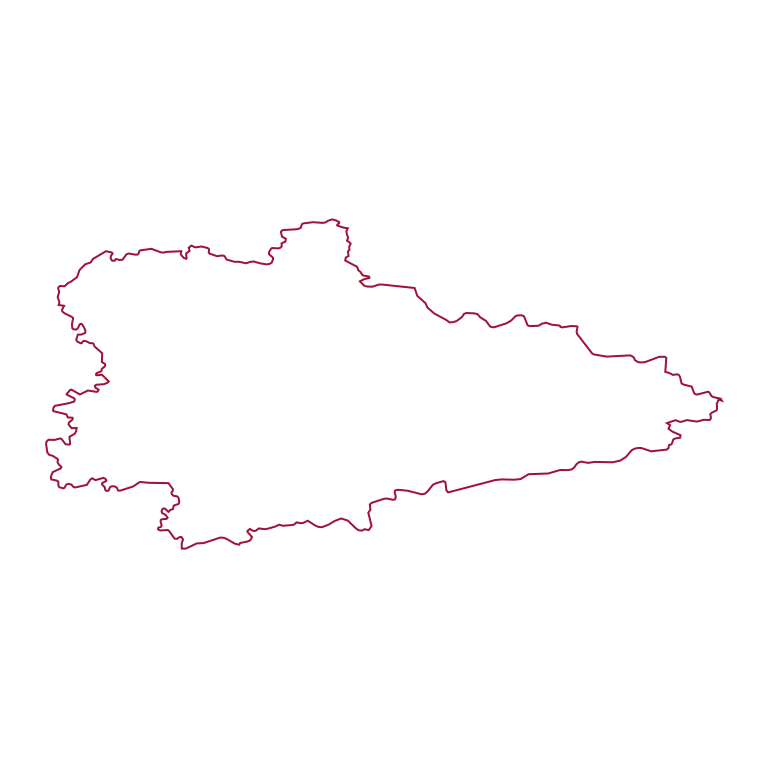 Kurgan, Equal Earth projection
{"feature_id": "RUS-2380", "entity_name": "Kurgan", "entity_type": "Region", "adm_level": 1, "iso_a3": "RUS", "parent_name": "Russia", "parent_adm1": "", "projection": "equal_earth", "projection_center": [64.14, 55.502], "detail": "fine", "context": "isolated", "style": "outline", "palette": "rose", "viewbox_px": 768, "rotation_deg": 0, "n_neighbors": 0, "source": "natural_earth", "source_scale": "10m", "svg_char_len": 6005}
<svg xmlns="http://www.w3.org/2000/svg" viewBox="0 0 768 768"><path d="M721.9,400.7L718.5,399.7L716.8,403.8L717.1,408.5L716.5,410.4L711.9,412.7L710.3,414.1L710.9,417.5L710.7,418.8L709.7,420.0L703.6,419.8L697.0,421.6L686.9,420.1L681.8,421.7L679.8,421.8L675.4,420.2L667.0,423.1L670.1,425.1L668.5,428.7L672.4,431.6L680.5,435.2L680.2,437.7L675.1,438.5L673.3,439.4L672.1,443.2L671.2,444.4L669.0,445.1L668.4,448.3L666.7,449.6L651.1,451.3L641.3,448.0L638.2,447.9L634.7,448.7L631.8,450.1L626.0,456.9L620.2,460.6L612.6,462.3L594.6,461.9L588.1,462.9L581.4,461.6L578.7,462.4L576.3,464.4L574.3,467.4L571.7,469.4L567.8,470.1L560.2,470.0L548.2,473.5L528.6,474.2L520.5,479.1L514.2,479.7L501.4,479.4L495.0,480.1L448.1,492.4L446.4,490.4L445.4,482.2L443.5,481.1L436.2,483.2L432.9,484.8L427.3,491.7L424.7,493.8L421.6,494.3L407.6,490.7L397.9,489.8L395.1,490.5L394.6,492.1L395.8,496.7L395.1,499.3L393.0,499.8L387.2,498.6L384.3,498.7L371.6,502.9L369.9,504.4L370.4,509.8L368.3,512.7L371.6,526.0L368.7,530.1L364.7,529.2L362.0,530.6L358.8,530.3L355.9,528.4L347.9,520.6L341.1,518.5L334.8,520.9L328.5,524.7L322.0,527.2L318.4,526.9L315.2,525.5L307.7,520.7L303.5,522.8L301.0,523.2L296.5,522.4L294.2,524.5L293.0,524.9L283.1,525.8L279.1,524.7L275.2,526.6L267.3,528.8L264.8,529.2L258.9,528.4L255.5,530.9L253.0,530.9L249.9,528.9L247.5,530.9L247.4,531.8L252.0,537.0L250.3,540.3L247.1,541.6L240.2,543.0L239.1,544.7L234.9,543.7L226.6,538.9L223.7,537.8L220.1,537.6L203.6,543.1L196.8,543.4L185.8,548.6L181.8,548.6L181.7,543.6L183.0,539.4L181.6,537.2L180.0,536.9L176.8,538.9L174.6,538.6L168.8,530.6L167.6,530.0L160.5,530.5L158.8,529.9L158.0,529.1L158.3,527.7L160.7,527.0L161.7,525.6L160.6,521.7L160.8,519.9L162.3,519.2L166.5,518.9L167.6,517.7L165.7,515.0L162.0,512.9L161.6,511.1L162.5,509.0L163.7,508.4L165.1,508.7L168.4,511.9L170.4,509.9L172.9,509.1L173.8,505.6L178.4,504.0L179.0,503.1L179.3,501.7L178.7,498.4L178.0,497.1L177.0,496.3L173.6,495.8L171.8,494.3L171.5,492.6L172.8,490.6L172.9,489.1L168.4,483.1L148.8,482.8L140.7,482.0L139.5,482.2L133.3,486.4L120.0,490.7L118.0,490.4L116.9,487.8L116.0,487.1L114.5,486.4L112.0,486.2L110.1,487.1L108.8,490.2L107.8,490.9L106.0,490.8L105.1,489.5L104.8,487.3L101.9,484.3L102.2,483.1L106.2,480.9L106.4,480.2L105.4,478.8L103.3,477.9L95.5,480.1L92.1,478.3L90.4,479.5L86.8,484.9L74.9,487.5L73.4,486.9L71.4,484.6L68.3,483.8L66.4,484.5L64.6,487.6L63.5,488.4L59.3,487.2L58.4,485.8L58.3,481.5L56.7,480.6L51.3,479.4L50.8,477.9L51.5,474.8L52.8,472.1L60.8,468.3L61.4,467.1L58.5,464.0L57.5,462.2L58.0,459.7L57.7,459.1L52.7,455.8L49.3,454.9L47.3,452.4L46.1,444.1L46.5,441.6L48.4,439.8L54.7,439.9L60.4,438.4L61.6,439.0L65.6,444.3L69.2,444.6L70.0,444.2L70.1,442.2L69.5,438.5L69.6,436.7L74.8,433.7L76.2,431.2L76.6,428.0L71.7,428.2L68.6,424.6L68.9,422.5L72.5,419.6L72.8,418.3L72.4,417.7L67.8,417.4L66.3,414.3L53.5,411.2L53.0,410.5L53.4,407.9L54.9,405.8L68.9,403.2L74.2,401.5L74.8,399.5L74.0,398.2L66.9,394.7L66.7,394.0L70.0,390.1L71.4,389.6L79.9,394.5L87.9,390.5L96.6,391.9L97.9,391.3L98.6,389.7L95.4,387.6L94.8,386.0L95.2,385.4L96.7,384.7L104.0,384.2L107.9,382.5L108.8,381.4L101.9,374.7L97.0,375.3L96.2,375.1L96.0,374.1L96.9,373.0L101.3,371.3L101.8,368.9L105.0,366.2L105.3,365.4L105.0,364.0L101.9,362.0L102.2,353.3L94.6,346.5L93.4,343.6L92.7,343.2L89.8,343.1L86.6,341.4L84.1,340.8L82.7,341.5L81.9,342.9L80.7,343.3L77.3,341.6L76.2,339.8L77.8,334.7L81.5,334.5L85.2,332.9L85.4,330.3L83.5,326.5L81.6,323.9L80.9,323.8L79.6,324.5L78.1,327.8L76.3,329.6L73.5,329.3L72.3,328.2L71.9,324.8L73.1,318.1L72.0,317.0L64.6,313.3L62.4,311.6L62.0,309.9L64.1,305.8L58.7,305.0L59.4,302.3L57.7,297.1L59.2,291.7L58.1,288.2L58.6,287.2L60.1,285.9L62.7,286.3L65.0,285.9L68.2,282.9L70.6,281.9L77.0,277.2L79.5,270.1L85.2,264.3L90.5,262.5L93.0,258.9L106.0,251.2L111.9,252.5L112.6,253.6L110.9,255.9L110.6,257.8L111.2,259.5L112.1,260.6L113.9,260.8L114.7,260.6L116.0,259.0L119.7,260.0L122.6,259.7L126.5,254.3L128.8,253.5L134.8,254.6L137.6,254.6L138.3,254.1L139.5,250.8L140.2,250.4L151.3,248.8L160.8,252.3L163.9,252.6L166.1,251.9L181.3,251.2L180.8,253.8L181.2,255.0L183.9,258.0L186.3,258.8L186.6,258.4L186.1,253.5L189.6,250.9L188.8,247.6L191.4,245.6L195.3,247.4L201.6,246.5L207.4,248.0L208.7,248.7L209.0,249.5L208.8,252.7L209.8,253.7L217.2,256.2L221.4,255.5L223.7,255.7L224.6,256.2L226.7,259.6L234.6,261.8L239.2,261.8L246.0,263.3L250.4,261.8L253.8,261.5L259.9,263.3L266.9,264.4L269.8,263.8L271.7,262.7L273.0,259.3L273.0,257.7L269.1,254.3L268.9,252.6L270.7,249.2L272.1,248.0L278.4,248.4L280.3,247.8L281.7,246.4L281.6,243.3L285.4,241.6L285.8,238.7L282.0,236.7L280.9,231.9L281.6,230.8L283.0,230.1L297.4,229.2L300.7,227.9L301.9,224.3L303.2,223.4L313.1,222.2L322.9,222.9L325.4,222.4L328.2,220.7L332.3,219.4L336.0,220.4L339.3,222.2L339.2,223.0L337.2,224.9L337.1,225.3L337.6,225.7L343.8,227.7L347.8,228.3L346.4,230.9L346.7,233.6L348.1,237.8L347.0,240.7L349.9,242.6L350.7,243.7L349.2,246.5L349.4,249.8L348.0,251.5L348.5,256.0L345.8,257.6L345.2,260.5L357.2,266.9L358.2,270.1L360.3,271.8L362.6,275.3L369.1,276.6L369.5,277.6L369.2,278.1L364.6,279.0L359.9,281.3L364.1,285.6L366.9,286.5L372.5,286.7L378.7,284.6L381.7,284.5L414.6,288.0L417.3,295.9L425.6,303.3L427.4,307.5L434.1,313.4L446.5,320.1L449.5,322.4L453.0,322.2L456.8,320.9L462.1,316.9L464.0,313.9L466.3,313.0L474.6,313.4L477.5,314.2L480.3,317.4L486.0,320.9L489.9,326.2L491.3,327.0L494.1,327.3L506.5,323.3L511.1,320.6L515.7,316.0L517.7,315.4L521.1,315.3L523.3,315.8L524.1,316.5L527.6,325.3L529.6,326.1L537.7,325.8L539.8,325.2L541.5,323.8L546.1,322.7L552.0,324.8L558.8,325.4L559.9,325.8L560.4,326.9L562.1,327.4L571.5,326.0L576.8,326.3L577.5,326.8L576.6,331.7L577.1,333.9L592.3,353.7L594.8,354.6L606.7,356.6L629.9,355.4L631.8,356.0L634.0,357.7L634.9,360.1L636.8,361.4L638.8,362.3L641.7,362.4L644.8,362.2L659.3,356.8L665.0,356.8L666.3,357.9L665.3,371.9L669.0,372.9L672.9,374.9L677.4,374.3L678.9,375.0L680.0,376.9L681.6,383.5L684.0,384.7L691.7,386.6L694.0,392.8L695.0,394.0L697.0,394.6L708.1,391.7L709.4,392.6L711.6,396.2L713.8,397.2L720.7,398.7L721.9,400.7Z" fill="none" stroke="#9f1239" stroke-width="2"/></svg>